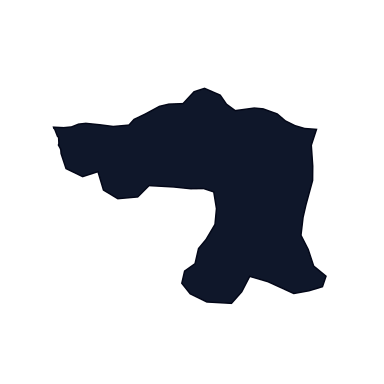 the district of Tsakistra, Nicosia, Cyprus, rotated 13°
{"feature_id": "46923920B65404005365686", "entity_name": "Tsakistra", "entity_type": "district", "adm_level": 2, "iso_a3": "CYP", "parent_name": "Cyprus", "parent_adm1": "Nicosia", "projection": "robinson", "projection_center": [32.721, 35.001], "detail": "fine", "context": "isolated", "style": "filled", "palette": "ink", "viewbox_px": 384, "rotation_deg": 13, "n_neighbors": 0, "source": "geoboundaries", "source_scale": "gbopen_adm2", "svg_char_len": 1020}
<svg xmlns="http://www.w3.org/2000/svg" viewBox="0 0 384 384"><g transform="rotate(13 192 192)"><path d="M299.2,103.0L287.4,104.8L277.4,104.2L266.9,101.7L257.5,96.8L242.6,95.0L233.8,96.2L215.8,103.0L205.8,98.7L197.7,91.3L180.9,88.2L171.5,93.8L163.4,107.9L149.7,111.6L141.0,115.9L134.1,122.0L128.5,126.9L119.2,134.3L115.5,141.0L100.5,145.9L87.4,147.2L73.1,149.0L66.2,151.4L60.0,155.7L52.5,158.2L42.5,160.0L43.1,161.1L44.0,161.5L48.5,168.1L49.7,168.7L51.4,174.6L51.3,176.3L54.4,179.7L54.3,179.8L54.6,180.1L55.8,184.0L64.0,197.5L82.0,201.6L95.8,193.3L105.3,210.0L121.2,215.2L140.2,209.0L148.7,195.4L173.0,191.2L189.9,189.1L202.6,186.0L213.2,187.0L219.6,202.7L221.7,218.4L216.4,235.1L211.1,245.6L211.1,261.2L202.6,270.7L202.6,283.2L213.2,291.6L231.2,295.8L255.5,291.6L262.9,278.0L267.2,261.2L286.2,262.3L314.0,268.0L328.2,261.9L340.4,254.9L341.5,243.9L327.2,236.8L318.1,221.8L307.9,209.7L305.9,191.7L305.9,178.7L306.9,153.6L303.8,139.6L297.7,119.6L299.2,103.0Z" fill="#0f172a" stroke="#020617" stroke-width="1.5"/></g></svg>